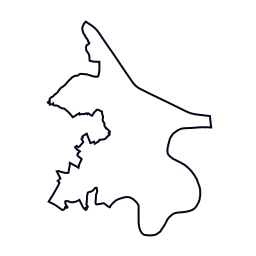 Thu Duc, Hồ Chí Minh city, Vietnam, rotated 267°
{"feature_id": "81297802B1678031067910", "entity_name": "Thu Duc", "entity_type": "district", "adm_level": 2, "iso_a3": "VNM", "parent_name": "Vietnam", "parent_adm1": "Hồ Chí Minh city", "projection": "albers", "projection_center": [106.748, 10.855], "detail": "fine", "context": "isolated", "style": "outline", "palette": "ink", "viewbox_px": 256, "rotation_deg": 267, "n_neighbors": 0, "source": "geoboundaries", "source_scale": "gbopen_adm2", "svg_char_len": 5546}
<svg xmlns="http://www.w3.org/2000/svg" viewBox="0 0 256 256"><g transform="rotate(267 128 128)"><path d="M124.1,211.1L125.6,211.0L127.3,210.8L128.9,210.8L132.0,210.6L135.6,210.5L136.3,206.5L137.6,198.9L138.4,194.9L139.5,191.3L140.8,188.4L142.4,185.4L144.7,181.3L148.6,174.3L153.1,166.2L157.6,158.0L160.9,151.9L164.0,146.5L167.4,140.6L169.4,138.3L171.2,136.6L172.8,135.4L176.5,133.1L184.2,128.4L193.0,123.1L203.2,117.0L211.4,111.9L219.9,106.7L225.4,103.4L228.2,101.3L229.4,100.2L231.8,97.6L233.5,95.4L236.4,91.4L234.9,89.9L234.0,89.3L232.9,88.7L230.6,87.6L229.8,87.5L228.1,87.8L226.7,87.9L225.7,88.2L224.1,88.9L222.2,90.2L221.4,90.1L219.6,91.5L217.4,92.7L216.9,92.9L216.3,92.9L215.9,92.8L215.0,93.7L214.9,93.8L214.2,93.4L213.7,92.9L213.2,91.9L212.8,90.9L210.2,90.2L207.9,90.4L206.2,91.3L203.9,92.7L202.2,93.1L199.5,93.2L197.2,93.2L196.0,97.4L195.9,98.9L195.7,101.5L195.7,102.8L194.8,102.8L192.0,102.7L187.7,102.5L186.0,102.2L184.6,102.0L183.4,101.7L181.1,100.9L181.1,100.2L180.9,99.8L180.9,99.7L180.8,99.2L180.8,98.7L180.8,98.4L181.1,97.9L181.2,97.0L181.3,96.3L181.6,95.3L182.0,94.3L182.5,93.0L182.9,91.9L183.1,91.3L183.6,90.2L183.8,89.7L183.9,88.6L183.9,87.9L184.0,87.0L184.3,86.2L184.3,85.3L184.4,84.6L184.5,84.0L184.5,83.0L184.4,82.7L184.0,81.9L183.5,81.5L183.1,81.0L183.0,80.3L182.9,79.6L182.9,78.7L182.9,77.9L182.7,77.3L182.4,76.6L181.9,75.7L181.7,75.1L181.5,74.8L180.8,74.0L179.7,73.0L179.4,72.4L178.9,71.8L178.0,70.9L176.9,69.8L175.8,68.8L175.2,68.3L174.5,67.5L173.6,66.4L173.0,65.6L172.6,64.9L172.2,64.1L171.9,63.5L171.4,62.9L170.9,62.4L170.5,62.1L169.6,61.2L168.7,60.5L167.7,59.9L167.0,59.2L166.6,58.7L166.2,58.1L165.7,57.2L165.1,56.5L164.6,55.9L163.6,55.0L163.2,54.3L163.0,53.7L162.8,53.1L162.2,52.2L161.4,51.6L160.8,51.2L160.4,51.1L159.9,50.9L158.7,51.4L158.6,51.2L158.2,50.3L157.9,49.3L157.1,49.7L157.1,51.0L155.5,51.1L155.6,51.9L155.6,52.7L155.8,53.2L156.5,54.6L154.7,54.8L154.4,55.5L154.3,56.7L154.2,57.9L153.6,59.4L152.9,60.2L151.8,61.7L151.1,63.2L150.8,65.2L149.8,66.4L148.8,67.4L148.1,68.2L147.3,69.0L145.6,70.5L143.0,72.5L141.7,73.3L142.0,74.0L142.4,75.0L142.8,75.8L143.9,77.3L144.0,77.6L145.0,79.6L145.3,80.1L143.9,80.6L144.1,81.1L144.4,81.8L144.2,83.2L144.3,85.3L144.8,86.6L144.8,86.8L144.1,87.7L143.9,88.3L144.8,88.7L144.8,88.8L144.5,89.5L144.2,90.0L143.1,91.1L142.1,92.7L145.6,95.2L145.8,95.3L146.2,96.2L147.4,97.4L147.8,97.5L147.8,98.1L147.8,98.8L147.7,99.4L146.2,101.8L145.8,102.6L145.7,102.9L143.8,102.9L143.4,102.9L142.8,103.1L141.5,103.5L140.6,103.7L140.1,103.6L139.6,103.5L138.0,103.1L137.6,103.2L136.9,103.3L136.5,103.2L134.3,104.4L133.5,104.7L133.0,104.8L132.4,104.7L131.8,104.6L131.3,104.7L130.9,104.9L130.5,105.1L129.4,105.8L128.8,106.1L129.0,106.4L125.3,109.8L124.8,109.6L124.2,108.5L122.9,109.4L122.4,108.6L121.9,108.8L121.7,108.6L120.6,107.0L118.6,105.0L118.1,104.0L117.9,102.6L117.7,100.5L117.7,100.1L117.8,99.0L117.6,98.8L116.9,98.7L116.6,98.4L115.4,96.4L114.6,95.1L114.0,94.0L116.1,93.3L114.9,89.7L122.9,87.0L124.5,86.5L123.9,85.3L122.5,82.8L121.8,81.9L120.8,82.4L119.5,80.9L116.7,82.6L116.3,82.6L115.5,81.9L112.3,78.8L111.4,77.3L112.8,75.7L111.6,74.1L109.3,75.8L107.2,78.8L106.6,78.2L105.7,76.9L103.7,75.9L102.8,76.4L101.2,78.1L99.4,80.1L93.5,77.0L92.9,77.0L92.1,76.8L90.9,76.5L92.6,74.0L96.2,68.1L93.6,67.8L86.4,66.2L86.3,65.0L86.3,64.0L86.4,63.4L87.6,59.1L88.7,56.1L88.5,54.6L86.2,55.6L81.1,57.9L78.8,55.0L77.1,56.6L76.9,56.7L76.5,56.4L75.2,55.8L73.9,55.1L72.0,53.9L65.7,49.9L58.6,44.9L56.1,49.4L55.3,50.7L54.1,52.4L49.5,58.1L49.8,59.1L50.0,59.8L50.5,60.3L51.0,60.6L51.9,61.0L52.4,61.2L52.5,61.3L52.2,61.5L51.8,61.8L51.5,62.0L51.5,62.4L51.5,62.7L51.7,63.2L52.0,63.4L52.6,63.2L53.7,62.4L54.6,61.9L55.8,61.6L56.8,61.4L57.5,61.4L57.9,61.5L58.2,61.8L58.3,62.4L58.2,63.2L58.2,63.7L57.9,64.6L57.1,66.4L56.8,67.3L56.7,68.0L56.7,68.9L57.0,70.9L57.3,72.4L58.7,75.7L51.8,78.7L50.1,79.6L48.4,81.5L49.3,82.7L50.7,81.9L51.5,83.7L54.0,82.4L54.6,82.5L55.6,82.9L56.1,82.9L56.9,83.0L58.1,83.1L58.6,83.2L59.3,83.3L60.1,83.3L61.3,83.4L62.1,83.5L63.2,83.8L64.9,84.3L65.6,84.5L66.0,85.6L66.2,86.2L66.3,87.3L66.8,88.7L67.5,89.7L68.4,90.8L69.4,91.6L69.9,92.2L70.0,92.7L70.0,93.0L69.9,93.6L69.1,93.6L67.7,93.8L66.5,93.9L66.0,93.9L65.2,93.5L63.6,92.8L62.8,92.6L61.3,92.4L59.2,92.2L57.6,92.0L56.4,91.8L55.5,91.7L54.9,91.7L54.3,91.8L53.3,92.4L53.6,95.7L54.0,98.5L54.1,99.6L54.1,99.8L53.9,100.4L51.7,102.8L51.5,103.0L51.3,103.2L51.2,103.4L51.0,103.6L49.8,105.7L51.9,107.1L53.4,108.5L56.1,111.8L57.1,113.8L58.4,118.1L59.1,121.6L59.1,123.3L59.0,124.4L58.6,126.2L56.9,129.2L54.5,131.6L52.9,133.0L51.5,133.8L50.2,134.4L49.4,134.5L33.8,133.7L31.8,133.7L28.7,134.0L26.1,134.5L24.3,135.2L22.3,136.4L20.8,138.0L20.3,139.1L19.6,144.0L19.6,147.5L20.1,150.3L21.1,152.0L22.8,154.7L27.7,158.3L28.8,159.2L34.9,162.8L37.0,164.7L38.8,167.0L40.0,168.9L40.2,169.6L40.7,171.2L41.0,174.6L41.1,178.7L41.4,181.9L41.6,183.5L41.7,184.3L42.3,186.2L42.8,187.9L44.3,190.4L46.8,192.6L50.2,194.6L50.8,194.9L52.5,195.6L56.9,196.6L61.8,196.8L65.0,196.5L69.1,195.2L73.0,194.1L76.5,192.3L77.4,191.8L82.1,188.7L85.8,185.3L88.3,182.5L90.9,178.4L93.2,174.4L95.0,171.2L97.3,168.6L98.8,167.2L100.2,166.5L101.5,166.2L102.1,166.2L103.4,166.2L105.3,166.4L108.2,167.1L114.3,169.0L116.1,169.9L116.2,170.0L118.0,171.2L119.4,172.3L120.6,173.6L121.8,175.6L122.7,176.9L123.4,178.1L123.7,179.1L124.1,180.1L124.4,180.9L124.6,181.6L124.7,183.0L124.8,184.9L124.8,188.5L124.7,191.1L124.8,195.0L124.9,197.9L124.9,202.7L124.6,205.0L124.6,206.4L124.6,207.5L124.4,208.5L124.4,209.4L124.3,210.2L124.2,210.7L124.1,211.0L124.1,211.1Z" fill="none" stroke="#020617" stroke-width="2"/></g></svg>